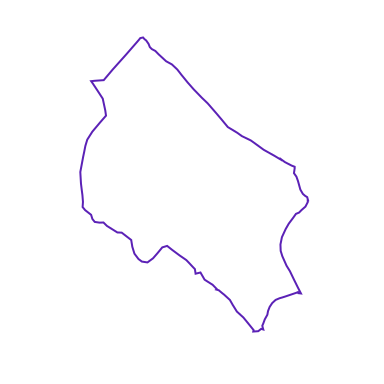 Potupo, River Gee, Liberia, rotated 311°
{"feature_id": "62588387B58359330496040", "entity_name": "Potupo", "entity_type": "district", "adm_level": 2, "iso_a3": "LBR", "parent_name": "Liberia", "parent_adm1": "River Gee", "projection": "albers", "projection_center": [-7.817, 5.334], "detail": "fine", "context": "isolated", "style": "outline", "palette": "violet", "viewbox_px": 384, "rotation_deg": 311, "n_neighbors": 0, "source": "geoboundaries", "source_scale": "gbopen_adm2", "svg_char_len": 2065}
<svg xmlns="http://www.w3.org/2000/svg" viewBox="0 0 384 384"><g transform="rotate(311 192 192)"><path d="M109.5,204.4L109.7,204.6L116.4,206.1L123.2,206.1L130.7,205.9L135.0,208.6L135.3,215.1L136.0,224.4L136.5,228.7L136.6,229.6L136.9,232.4L136.6,235.8L136.0,241.5L135.7,244.8L132.7,248.3L136.8,251.2L134.1,259.0L134.6,262.5L135.5,268.5L135.0,274.6L134.4,274.5L135.4,276.6L135.5,281.6L135.6,283.2L135.6,283.6L135.6,283.9L135.4,291.4L133.7,296.3L133.5,296.7L133.4,297.2L131.2,304.3L131.0,313.1L129.5,321.8L128.2,329.1L126.9,329.8L130.4,333.3L134.1,334.0L135.0,336.0L136.1,334.3L137.2,332.8L137.5,332.7L139.4,332.1L143.6,330.5L148.8,329.4L152.0,327.5L155.1,326.4L156.2,326.0L160.8,325.4L165.4,325.9L169.3,327.8L171.6,329.3L174.4,331.0L181.9,335.4L183.1,336.1L184.1,336.7L185.9,337.6L185.4,338.6L186.9,340.8L189.5,334.3L192.8,326.4L196.5,317.8L198.4,311.7L202.8,302.3L205.7,297.6L210.4,293.2L216.9,289.5L225.5,287.0L231.6,285.8L238.5,285.3L243.7,284.8L246.7,286.3L250.2,286.5L255.4,287.2L260.3,286.0L261.3,285.1L261.2,286.0L263.7,282.3L263.3,279.9L263.3,276.9L264.9,272.2L269.8,264.8L272.1,260.7L273.1,256.6L277.3,253.9L278.4,252.9L277.3,249.9L275.5,242.5L275.1,237.5L274.7,237.9L273.5,231.0L270.9,218.4L270.4,212.5L269.5,202.6L266.9,193.0L266.4,187.4L264.5,176.4L266.0,167.5L267.4,158.4L269.2,145.6L269.6,137.4L270.6,125.8L271.8,116.9L273.5,107.1L274.8,100.6L275.1,93.1L273.7,86.7L273.8,83.4L274.0,76.5L274.4,71.8L273.5,67.9L273.7,65.1L275.3,62.0L276.2,58.4L276.3,58.0L276.2,55.9L276.5,53.7L274.2,52.0L271.9,52.1L259.7,52.1L256.2,52.1L253.0,52.1L232.3,51.8L218.5,52.0L211.9,45.4L209.5,43.2L208.9,45.6L206.8,53.2L203.9,63.4L196.6,73.1L193.2,77.0L184.0,77.0L172.2,77.2L162.8,78.6L156.8,81.3L151.4,84.4L147.1,86.8L133.8,94.6L125.6,102.6L120.9,107.8L117.8,111.3L113.0,116.2L108.9,119.3L108.2,123.2L108.6,130.8L106.3,134.5L105.6,138.2L108.2,142.3L110.9,145.2L110.6,150.1L112.4,161.5L112.5,162.2L114.1,164.2L114.3,164.5L115.2,165.6L115.9,177.6L111.5,182.9L110.0,185.3L107.7,189.0L106.3,195.6L106.6,199.8L109.5,204.4Z" fill="none" stroke="#5b21b6" stroke-width="2"/></g></svg>